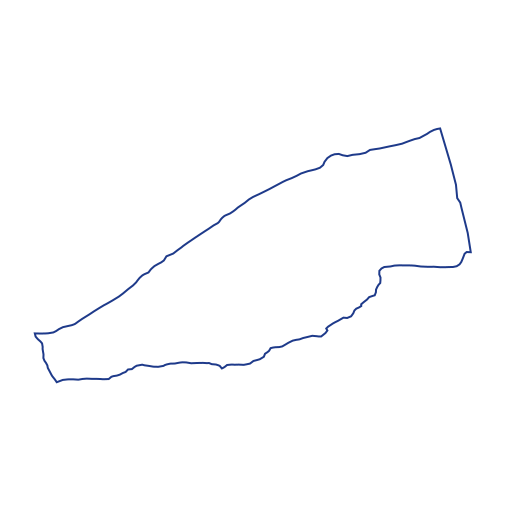 outline of Bobasi, Nyanza, Kenya, rotated 275°
{"feature_id": "3690345B31874889890147", "entity_name": "Bobasi", "entity_type": "district", "adm_level": 2, "iso_a3": "KEN", "parent_name": "Kenya", "parent_adm1": "Nyanza", "projection": "equal_earth", "projection_center": [34.791, -0.819], "detail": "fine", "context": "isolated", "style": "outline", "palette": "blue", "viewbox_px": 512, "rotation_deg": 275, "n_neighbors": 0, "source": "geoboundaries", "source_scale": "gbopen_adm2", "svg_char_len": 3576}
<svg xmlns="http://www.w3.org/2000/svg" viewBox="0 0 512 512"><g transform="rotate(275 256 256)"><path d="M399.1,428.3L398.3,425.3L397.1,422.3L394.8,418.5L392.5,415.7L390.4,412.5L387.8,408.6L386.3,403.9L384.3,399.4L382.6,395.8L380.6,391.7L378.6,385.5L376.8,379.3L373.9,369.9L372.7,364.8L371.6,360.3L368.4,356.2L366.5,350.3L365.2,343.4L363.5,338.3L363.9,333.6L364.9,329.6L364.2,325.4L362.6,322.0L359.8,318.6L355.9,316.1L352.5,315.0L349.5,312.0L347.5,307.7L346.4,304.5L345.0,300.2L342.1,293.6L339.4,289.5L336.7,284.8L334.1,279.5L332.2,276.3L330.1,273.1L326.6,267.7L323.9,263.6L320.9,258.7L317.7,253.4L316.7,251.6L314.5,247.8L311.7,244.0L307.9,240.1L305.0,236.5L302.7,233.7L300.3,231.4L299.3,230.3L298.4,229.3L296.1,226.4L294.5,223.4L293.8,222.1L293.1,221.0L291.2,219.1L289.5,217.8L286.7,216.2L285.4,215.0L282.8,211.1L280.0,207.7L279.0,206.5L276.3,203.0L274.7,201.0L273.3,199.2L268.9,193.7L264.4,188.2L263.6,187.2L260.8,183.9L259.6,182.5L258.1,181.0L255.0,177.4L251.2,173.3L247.9,166.8L243.5,164.6L241.3,162.0L240.3,160.4L239.6,159.3L237.1,155.7L234.8,153.5L233.4,152.3L230.2,150.3L228.4,146.9L227.6,145.6L226.6,144.3L224.1,142.0L221.3,140.1L219.3,138.9L215.9,136.0L212.0,131.7L210.9,130.6L207.1,126.8L203.6,122.9L199.1,116.8L196.1,112.5L194.9,110.7L193.7,108.8L190.5,104.4L186.9,99.6L184.1,96.1L183.0,94.7L181.8,93.1L178.2,88.3L175.4,84.9L172.7,81.8L172.0,80.6L171.0,78.4L169.8,74.6L168.3,69.9L166.0,66.1L163.8,63.4L162.2,60.8L160.9,55.7L160.5,53.0L160.0,48.5L159.6,42.4L156.5,43.5L155.1,44.9L154.0,46.1L152.0,48.8L150.3,50.5L146.9,51.4L144.8,51.5L141.7,52.3L140.6,52.6L139.3,52.9L135.8,53.1L133.2,54.4L131.2,56.1L128.8,57.7L127.6,58.0L126.3,58.4L123.7,60.1L120.1,62.4L118.8,63.3L117.9,64.1L115.6,66.3L112.9,68.5L115.7,74.3L116.7,79.3L117.2,84.5L117.3,89.8L118.4,93.9L119.1,98.2L119.3,103.1L119.5,105.4L119.7,107.8L119.9,111.8L119.9,113.8L120.0,115.3L120.6,120.0L123.1,122.5L123.9,124.4L124.7,127.7L125.3,129.2L126.0,130.8L127.8,133.5L129.1,136.2L131.8,138.4L132.5,142.2L134.9,144.7L136.3,146.7L137.8,152.1L137.4,154.4L137.2,158.5L136.8,163.4L137.1,168.3L138.5,173.5L139.3,174.5L140.2,176.5L141.3,180.0L141.8,184.5L142.8,188.0L143.2,189.5L143.7,192.0L143.9,195.7L143.5,200.8L144.3,206.8L144.9,212.5L145.0,216.6L145.3,218.5L144.4,221.3L144.4,222.8L144.4,225.6L143.9,227.8L143.4,229.4L141.0,231.8L141.9,233.3L142.8,234.5L144.9,236.7L145.6,240.5L145.8,242.5L145.8,244.0L146.3,248.3L146.5,253.3L147.2,255.8L148.3,259.4L151.2,262.6L152.6,266.5L153.5,268.8L156.3,272.6L159.4,273.5L161.2,275.8L162.7,277.3L165.5,278.6L166.3,281.0L166.8,283.3L167.3,287.1L168.2,290.0L170.6,293.4L172.0,295.3L172.8,296.5L174.9,300.0L176.0,303.4L176.4,305.2L176.8,306.7L178.4,310.1L179.9,314.6L181.4,319.0L181.4,323.4L181.3,325.5L181.5,327.9L183.4,329.9L185.3,331.9L188.0,333.6L189.9,332.3L191.9,334.0L193.4,335.9L195.5,338.5L197.1,340.9L198.6,343.4L200.1,345.5L202.2,348.5L202.2,352.2L204.2,356.0L207.4,357.9L210.3,358.8L212.3,360.5L213.6,362.9L215.3,365.2L217.1,365.0L219.5,367.4L222.3,370.4L224.9,372.3L226.4,375.7L227.2,377.7L230.3,378.6L233.0,378.5L235.8,379.5L238.0,380.6L239.9,382.1L242.5,382.1L245.4,381.9L248.4,380.4L252.0,380.2L254.5,382.1L256.2,384.7L256.7,387.5L257.3,390.9L258.5,394.7L259.2,399.6L259.5,403.7L259.8,407.4L260.1,411.2L260.2,415.1L259.9,421.0L260.2,427.9L260.8,434.3L260.9,440.9L261.3,445.2L261.8,449.1L262.2,453.1L263.3,456.8L265.4,459.5L267.9,461.0L271.2,462.1L273.9,462.9L276.4,463.6L278.3,465.5L278.5,469.6L297.4,464.9L303.2,462.9L321.8,456.5L327.0,454.8L331.2,451.4L344.4,449.0L358.9,443.9L363.8,442.2L399.1,428.3Z" fill="none" stroke="#1e3a8a" stroke-width="2"/></g></svg>